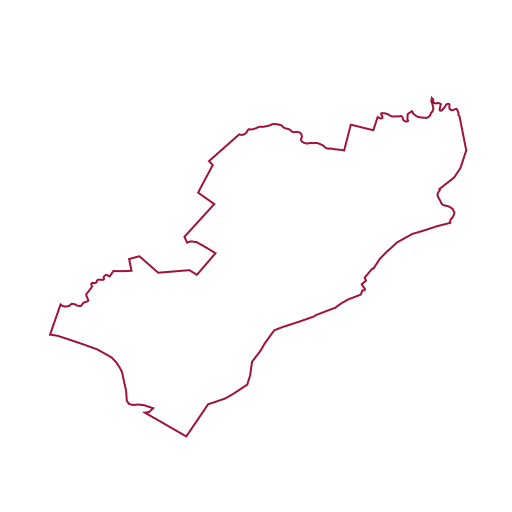 Zarand, Arad, Romania (Robinson projection), rotated 12°
{"feature_id": "2599482B32759719925344", "entity_name": "Zarand", "entity_type": "district", "adm_level": 2, "iso_a3": "ROU", "parent_name": "Romania", "parent_adm1": "Arad", "projection": "robinson", "projection_center": [21.64, 46.399], "detail": "fine", "context": "isolated", "style": "outline", "palette": "rose", "viewbox_px": 512, "rotation_deg": 12, "n_neighbors": 0, "source": "geoboundaries", "source_scale": "gbopen_adm2", "svg_char_len": 4267}
<svg xmlns="http://www.w3.org/2000/svg" viewBox="0 0 512 512"><g transform="rotate(12 256 256)"><path d="M274.2,383.7L274.3,382.2L275.1,374.2L274.1,360.3L280.2,347.5L282.9,339.2L289.3,324.9L296.2,320.3L310.8,311.9L325.1,303.2L326.8,301.4L337.4,294.5L344.4,290.1L345.9,288.2L350.0,283.9L355.5,279.1L366.5,272.0L367.2,267.6L369.3,266.9L369.4,265.5L365.3,261.8L365.7,261.1L368.7,257.3L366.8,254.5L372.3,244.3L373.5,244.0L377.7,233.0L383.9,223.3L385.0,222.1L391.0,213.5L398.4,207.0L404.5,201.8L414.0,196.7L427.1,189.1L436.5,184.5L439.2,183.1L438.8,182.0L438.7,181.7L438.9,179.5L439.9,178.1L440.7,175.9L441.1,173.7L441.0,172.0L440.0,171.1L439.1,169.5L437.9,168.8L435.1,167.7L432.8,167.3L431.5,167.3L429.5,167.4L427.7,166.9L426.3,165.9L425.0,163.9L423.5,162.3L421.7,160.3L420.8,158.5L420.8,156.9L421.3,155.2L421.9,154.3L422.0,153.7L422.1,153.1L421.4,152.4L433.5,138.0L437.7,127.4L439.7,109.0L426.0,77.0L424.6,75.8L424.3,73.8L423.3,72.7L422.7,71.2L421.3,70.4L419.8,71.3L417.8,72.6L416.2,72.7L414.7,71.7L414.1,70.1L413.9,68.0L413.3,67.2L412.7,67.2L410.8,67.9L409.4,71.6L408.6,73.0L407.6,74.9L406.5,75.5L405.6,75.4L405.1,74.4L405.2,70.9L405.3,69.1L403.7,68.5L402.0,68.5L400.1,69.4L398.2,69.3L397.7,68.9L397.1,68.4L397.0,66.2L396.1,65.7L395.2,65.0L395.2,66.6L395.4,68.3L397.1,70.8L397.9,72.9L398.8,74.4L398.6,77.8L398.0,78.7L397.4,79.7L397.1,82.2L396.1,83.9L394.1,85.5L390.0,86.0L387.2,86.3L384.5,86.1L382.4,85.2L379.9,83.9L379.3,82.7L378.3,81.9L377.9,82.6L375.9,84.5L374.8,85.8L375.2,87.7L375.6,90.6L376.7,92.1L376.0,92.9L374.4,93.3L373.4,93.2L372.5,92.7L371.4,91.8L370.9,90.6L370.2,89.5L369.3,89.1L368.1,89.1L366.9,89.7L365.7,90.0L364.1,90.2L361.0,91.1L359.6,91.2L358.3,90.9L356.1,90.1L355.0,89.8L353.4,89.7L351.5,89.7L350.0,90.0L349.4,90.1L348.8,90.6L348.9,91.0L349.5,92.2L350.3,92.7L350.5,93.0L350.7,93.7L350.6,94.3L350.9,94.7L350.3,95.3L348.9,95.6L347.8,95.3L346.1,94.8L344.6,108.6L321.7,107.8L321.4,107.9L320.6,127.1L320.3,134.4L319.6,134.4L316.4,134.6L313.4,134.9L309.7,135.3L306.3,135.3L304.4,136.1L303.0,136.0L301.9,135.8L300.7,135.3L299.0,134.1L295.9,133.3L293.3,132.8L290.9,133.0L289.0,133.6L286.2,134.0L284.8,134.5L282.6,135.4L280.2,135.4L279.0,135.2L277.1,134.5L276.4,133.9L275.7,132.7L276.0,130.7L276.1,129.6L275.3,127.9L274.5,126.9L273.1,126.2L271.8,126.0L270.5,126.0L269.8,126.3L268.4,126.8L266.6,127.0L265.1,126.8L263.7,125.9L262.5,125.3L261.1,125.1L258.3,125.0L256.3,124.6L254.6,123.4L253.4,122.9L251.4,122.7L249.1,122.8L247.4,122.9L246.2,123.1L245.2,123.5L244.2,123.8L243.0,125.0L241.1,126.0L238.8,127.1L237.7,127.5L235.4,128.4L233.7,128.5L232.2,129.0L231.4,129.5L229.9,130.7L228.1,131.8L226.6,132.7L225.3,133.1L223.3,133.5L222.4,133.6L222.0,134.4L221.4,135.5L221.2,136.8L220.3,138.2L219.3,139.3L218.0,140.2L217.0,140.4L216.0,140.6L214.2,140.6L206.1,151.6L190.3,172.9L194.8,176.1L187.8,200.2L186.3,206.1L204.4,213.9L182.0,252.1L185.8,257.2L189.3,255.2L195.2,254.8L206.4,258.4L215.8,261.7L202.1,286.7L193.8,283.7L163.8,292.7L142.0,280.5L132.5,285.3L137.3,296.3L130.4,298.2L119.6,300.4L117.2,306.2L117.0,306.5L116.5,306.3L116.0,306.1L114.3,305.6L113.4,305.7L112.2,306.5L111.8,307.2L111.5,308.0L111.6,309.0L111.9,309.8L112.0,310.5L111.4,311.1L110.0,311.3L108.8,311.6L107.6,311.7L106.4,312.1L105.6,313.0L105.5,313.8L105.3,314.8L105.0,315.5L104.6,315.8L103.6,316.2L102.1,316.3L101.3,316.4L101.0,317.1L100.7,317.9L101.0,318.4L101.6,319.1L101.9,319.8L101.6,321.1L100.0,324.5L98.0,328.5L98.2,329.9L99.9,332.2L100.2,332.7L100.6,333.3L101.1,334.0L101.2,334.6L100.7,335.3L99.8,335.9L98.3,336.7L96.8,337.9L95.4,340.8L94.7,341.5L93.5,341.6L91.4,341.7L90.3,341.5L89.4,341.0L88.6,340.9L87.6,340.9L86.6,340.9L85.8,341.0L85.2,341.7L84.4,342.5L83.9,343.4L82.7,344.1L81.1,344.7L79.6,345.2L78.2,345.2L76.9,345.0L75.8,344.4L74.9,344.0L72.3,364.6L71.6,369.7L71.6,370.4L70.9,375.8L72.7,375.6L75.9,375.4L78.6,375.3L104.4,378.2L120.2,380.4L136.0,385.3L142.0,389.6L143.9,391.6L146.1,393.7L149.2,397.6L152.9,406.1L156.8,414.4L159.7,424.4L162.4,427.0L166.2,427.4L168.8,426.7L171.5,425.8L177.4,425.2L187.1,426.3L184.9,429.4L184.0,430.9L181.9,431.6L180.8,432.0L179.8,432.3L180.3,432.5L181.8,433.0L183.2,433.4L225.3,447.0L238.0,415.9L240.0,410.9L246.1,407.4L255.5,401.8L262.6,395.4L270.2,387.7L273.4,384.4L273.8,384.0L274.2,383.7Z" fill="none" stroke="#9f1239" stroke-width="2"/></g></svg>